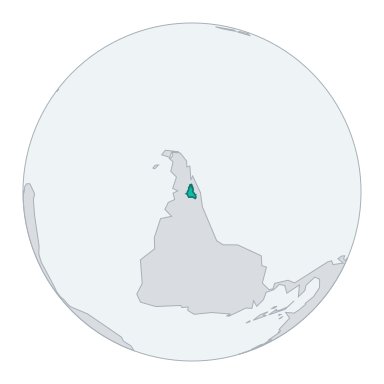 Neuquén highlighted on a globe, orthographic projection, rotated 152°
{"feature_id": "ARG-1276", "entity_name": "Neuquén", "entity_type": "Province", "adm_level": 1, "iso_a3": "ARG", "parent_name": "Argentina", "parent_adm1": "", "projection": "orthographic", "projection_center": [-70.544, -38.612], "detail": "fine", "context": "on_globe", "style": "filled", "palette": "teal", "viewbox_px": 384, "rotation_deg": 152, "n_neighbors": 0, "source": "natural_earth", "source_scale": "10m", "svg_char_len": 5343}
<svg xmlns="http://www.w3.org/2000/svg" viewBox="0 0 384 384"><g transform="rotate(152 192 192)"><circle cx="192" cy="192" r="169" fill="#eef3f6" stroke="#a8b0b8"/><path d="M213.7,24.4L211.7,24.2L199.8,23.3L190.9,23.6L202.6,23.5L204.4,24.1L207.1,24.5L210.4,24.7L212.1,24.6L213.9,25.1L203.1,24.9L201.2,24.5L204.7,24.4L199.1,24.2L191.8,24.8L193.3,25.5L180.7,27.0L181.6,27.6L179.3,28.6L178.7,27.3L179.6,29.8L165.0,34.8L165.9,41.8L158.7,37.1L152.2,37.7L144.3,39.5L144.3,40.5L133.9,42.5L124.3,47.7L120.3,55.0L123.5,59.2L135.1,56.1L138.7,52.0L147.3,49.5L140.7,59.6L155.7,58.1L154.0,65.9L158.3,69.4L165.9,67.3L173.7,68.6L179.4,63.4L188.5,60.6L188.6,67.1L193.7,61.1L198.8,64.2L217.0,65.0L215.6,66.4L230.9,76.2L247.5,83.0L251.3,89.3L249.4,92.3L255.1,94.7L255.2,97.1L277.8,107.9L289.2,118.9L288.7,127.8L278.9,134.6L269.4,156.3L251.6,159.4L246.7,169.4L232.2,183.3L221.4,180.1L224.1,189.4L217.9,193.9L210.8,193.5L209.3,199.9L204.0,199.6L207.4,204.2L198.7,212.5L201.0,220.2L194.6,227.5L196.3,232.2L194.0,232.0L191.5,233.7L191.2,236.4L184.1,232.1L182.2,221.8L184.8,216.6L181.7,215.9L187.3,203.2L183.9,205.8L184.8,187.8L189.8,173.8L193.1,137.4L189.4,130.8L176.4,123.8L160.8,103.1L164.9,94.2L161.5,90.7L172.7,78.6L169.8,69.5L165.9,68.6L161.9,72.5L148.6,69.0L144.1,63.5L104.7,66.6L101.0,65.7L101.6,61.7L91.8,58.2L94.5,64.6L90.0,65.2L87.1,64.0L89.6,61.8L88.8,59.4L85.3,61.3L86.6,60.0L96.5,52.6L106.9,46.0L117.7,40.2L129.0,35.2L140.6,31.0L152.5,27.7L164.5,25.3L176.8,23.7L189.1,23.1L201.4,23.3L213.7,24.4ZM164.8,44.7L182.0,47.5L172.1,48.8L174.0,47.8L169.7,46.4L161.6,45.7L152.9,48.0L164.8,44.7ZM172.9,39.4L169.9,39.4L172.8,39.1L172.9,39.4ZM196.0,241.4L184.7,233.7L191.0,237.0L195.4,233.0L201.3,239.1L196.0,241.4ZM208.9,231.6L214.0,230.0L215.3,231.5L212.0,232.9L208.9,231.6ZM345.2,263.2L345.3,262.9L340.2,272.5L340.2,270.9L336.9,275.5L334.1,276.9L331.3,275.4L331.8,264.4L335.8,259.4L342.0,245.2L352.4,216.1L356.4,209.1L358.1,200.4L358.0,175.1L358.3,167.3L357.3,161.0L355.8,157.5L354.1,150.2L352.8,147.4L341.5,133.5L335.5,122.1L322.4,96.9L322.6,92.6L318.1,84.7L317.8,79.2L325.7,88.6L332.8,98.7L339.3,109.2L344.9,120.1L349.7,131.4L353.7,143.1L356.9,155.0L359.1,167.1L360.5,179.3L361.0,191.6L360.5,203.9L359.2,216.1L357.0,228.3L353.9,240.2L350.0,251.8L345.2,263.2ZM322.5,84.8L324.0,86.7L322.5,84.8ZM217.6,65.0L219.8,66.5L216.9,66.2L217.6,65.0ZM170.6,51.1L174.3,50.9L176.2,51.6L173.3,52.1L170.6,51.1ZM201.6,50.3L205.9,50.9L201.4,51.2L201.6,50.3ZM184.7,48.0L198.2,50.0L189.6,51.6L181.1,50.6L187.0,49.9L184.7,48.0ZM171.0,42.1L173.3,42.2L172.5,43.1L171.0,42.1ZM175.0,39.2L174.1,39.4L173.0,38.8L175.0,39.2ZM205.0,24.1L205.9,24.2L209.3,24.5L207.7,24.5L205.0,24.1ZM218.2,25.1L217.9,25.1L224.3,26.2L226.8,27.0L223.9,26.2L222.2,26.1L213.9,24.7L217.3,24.9L218.2,25.1ZM204.1,23.5L208.8,24.0L203.4,23.5L204.1,23.5ZM264.6,344.0L261.0,345.6L263.2,344.4L264.6,344.0ZM78.7,315.1L78.0,313.4L82.8,317.2L89.0,322.2L93.7,326.8L78.7,315.1ZM74.5,311.2L70.1,307.2L67.3,305.4L69.2,306.2L67.1,302.5L76.9,312.1L74.5,311.2Z" fill="#d9dde1" stroke="#a8b0b8" stroke-width="1"/><path d="M192.1,184.8L192.2,184.7L192.3,184.7L192.4,184.8L192.4,185.0L192.4,185.3L192.5,185.4L192.7,185.6L192.8,185.7L192.8,185.9L192.9,186.0L193.1,186.1L193.2,186.3L193.3,186.3L193.4,186.5L193.5,186.6L193.7,186.8L193.8,186.9L193.8,187.0L193.7,187.2L193.7,187.3L193.9,187.5L194.0,187.6L194.3,187.7L194.4,187.8L194.5,187.8L194.9,187.7L195.0,187.7L195.2,187.8L195.3,187.8L195.5,188.0L195.6,188.3L195.8,188.4L196.2,188.4L196.3,188.5L196.5,188.5L196.8,188.6L196.9,188.8L197.4,189.0L197.3,192.2L197.3,192.3L197.4,192.5L197.7,192.9L197.7,193.0L197.8,193.1L197.7,193.1L197.8,193.1L197.6,193.2L197.4,193.2L197.2,193.2L196.9,193.2L196.7,193.4L196.7,193.5L196.4,193.6L196.3,193.8L196.2,193.9L196.1,194.0L195.9,194.2L195.9,194.3L195.7,194.4L195.6,194.6L195.4,194.7L195.2,194.7L195.1,194.8L194.9,194.9L194.9,195.0L194.7,195.3L194.4,195.5L194.1,195.6L193.4,195.9L193.3,196.0L193.2,196.3L193.2,196.6L193.1,196.8L193.1,197.0L193.0,197.3L192.9,197.5L192.7,197.7L192.3,197.8L192.2,197.8L192.1,197.7L191.9,197.6L191.8,197.8L191.7,197.8L191.4,197.8L191.2,197.9L191.0,198.0L190.9,198.2L190.8,198.3L190.7,198.3L190.7,198.5L190.8,198.6L190.9,198.8L190.7,199.1L190.5,199.3L190.4,199.3L190.2,199.3L189.8,199.1L189.7,199.1L189.4,199.1L189.1,199.1L189.1,198.9L189.0,198.6L188.9,198.6L188.8,198.2L189.0,198.0L189.1,197.9L189.0,197.7L189.2,197.4L189.3,197.3L189.5,197.1L189.4,197.0L189.4,196.9L189.4,197.0L189.2,196.9L189.1,196.7L189.1,196.4L189.3,196.4L189.5,196.3L189.4,196.2L189.5,196.1L189.6,195.9L189.5,195.7L189.4,195.7L189.4,195.4L189.4,195.2L189.3,194.9L189.5,194.9L189.6,195.0L189.8,195.0L189.8,194.9L189.7,194.7L189.8,194.6L189.9,194.4L189.9,194.2L190.0,194.2L190.0,193.8L190.0,193.4L190.0,193.2L190.0,192.9L190.3,192.7L190.6,192.6L190.8,192.4L191.0,192.4L191.2,192.2L191.3,192.0L191.3,191.9L191.2,191.7L191.0,191.4L190.9,191.0L190.9,190.9L190.9,190.7L190.9,190.4L190.8,190.2L190.7,190.0L190.7,189.9L190.6,189.7L190.5,189.3L190.5,189.2L190.6,188.9L190.7,188.7L190.5,188.4L190.5,188.2L190.4,188.1L190.5,188.1L190.6,187.9L190.6,187.7L190.6,187.4L190.5,187.2L190.4,187.2L190.5,187.2L190.6,186.9L190.5,186.7L190.6,186.4L190.8,186.3L190.8,186.1L190.8,185.8L190.8,185.7L191.0,185.7L191.3,185.5L191.6,185.5L191.6,185.4L191.6,185.2L191.8,184.9L191.9,184.7L192.0,184.7L192.1,184.8Z" fill="#14b8a6" stroke="#0f766e" stroke-width="1.5"/></g></svg>